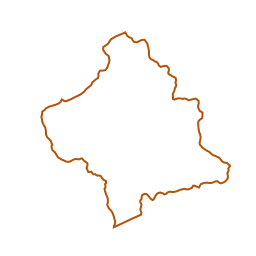 Ramla, HaMerkaz, Israel, rotated 156°
{"feature_id": "584046B58948260517771", "entity_name": "Ramla", "entity_type": "district", "adm_level": 2, "iso_a3": "ISR", "parent_name": "Israel", "parent_adm1": "HaMerkaz", "projection": "albers", "projection_center": [34.923, 31.918], "detail": "fine", "context": "isolated", "style": "outline", "palette": "amber", "viewbox_px": 256, "rotation_deg": 156, "n_neighbors": 0, "source": "geoboundaries", "source_scale": "gbopen_adm2", "svg_char_len": 3247}
<svg xmlns="http://www.w3.org/2000/svg" viewBox="0 0 256 256"><g transform="rotate(156 128 128)"><path d="M176.8,181.0L177.0,180.8L179.1,179.2L181.5,178.6L185.0,178.7L187.7,179.1L191.4,179.6L195.2,179.3L196.5,178.4L199.6,177.9L200.7,176.0L201.5,174.7L202.6,173.5L203.0,171.3L203.8,168.4L203.8,165.3L203.4,162.0L204.2,158.5L205.5,155.5L205.6,154.4L205.5,152.2L204.7,150.4L203.8,147.8L204.1,143.3L205.0,143.0L205.8,141.0L205.9,138.2L204.8,135.9L204.5,134.4L204.2,132.4L203.9,129.5L202.4,127.6L201.5,126.2L201.0,125.7L199.6,124.2L198.2,122.5L197.0,121.8L196.0,121.2L193.7,121.0L191.0,121.3L188.8,121.1L187.4,120.5L186.2,119.6L185.4,119.2L184.2,119.2L183.3,119.2L182.3,118.9L181.8,117.0L181.4,115.7L180.6,114.5L179.7,112.8L179.6,111.4L180.7,109.8L181.4,109.0L182.2,108.3L182.1,107.0L182.2,104.0L180.9,103.2L179.2,102.9L178.8,101.0L178.4,99.8L176.7,99.0L176.3,98.2L175.3,96.9L173.8,96.5L172.3,94.9L172.2,92.7L171.7,91.7L171.5,90.6L170.2,89.1L169.7,88.5L170.5,86.5L171.8,86.1L172.1,84.4L172.9,82.7L174.2,82.0L174.7,79.6L175.0,75.9L175.1,72.1L175.7,70.3L176.9,67.9L178.0,66.7L178.3,65.9L178.2,62.7L177.0,59.1L176.7,57.0L176.8,53.8L177.3,51.1L177.7,47.9L179.0,45.7L179.8,44.9L180.9,43.8L181.3,43.1L174.6,43.2L161.4,43.5L154.7,43.5L151.4,43.5L150.1,45.4L150.1,47.2L149.6,49.1L148.3,50.5L146.9,52.4L147.0,55.1L146.2,56.8L144.6,57.5L143.4,59.6L142.3,60.9L139.8,61.2L137.9,60.1L136.8,57.2L136.2,54.4L134.8,52.1L133.5,52.4L131.0,54.4L130.2,55.0L127.9,56.2L126.7,56.3L124.7,55.9L122.8,54.2L121.9,52.6L120.1,52.4L117.3,53.1L115.3,52.7L114.1,51.8L112.5,51.0L109.5,50.4L106.4,50.3L104.1,50.1L101.2,49.5L100.4,48.8L98.5,47.5L94.1,47.3L92.0,48.8L90.6,48.2L88.4,45.8L87.4,44.8L87.0,45.1L84.3,47.1L80.9,46.9L78.0,45.9L75.6,44.4L73.3,43.7L70.4,43.7L68.0,43.1L67.3,41.6L65.8,39.7L62.6,39.4L60.2,39.9L57.9,41.0L56.6,42.6L55.9,45.1L55.3,46.7L53.4,48.1L52.8,50.2L50.5,51.6L50.1,52.3L50.9,53.5L51.6,55.6L54.6,57.7L55.7,59.4L56.3,62.1L57.0,64.1L58.4,65.6L60.0,67.4L61.4,68.6L62.3,70.4L63.6,73.4L65.3,75.3L66.2,76.8L68.0,79.6L69.1,83.7L68.5,85.6L67.1,87.3L65.4,90.1L64.7,92.9L64.6,95.7L63.7,99.0L62.8,101.5L62.0,103.9L60.7,105.6L58.8,106.4L56.2,106.8L54.9,109.2L53.7,111.7L54.3,113.0L55.3,113.8L55.6,115.9L55.6,118.2L54.6,120.3L53.3,121.8L52.5,124.0L53.5,126.2L54.5,127.5L58.9,128.3L61.4,128.7L62.5,130.3L64.5,132.1L66.2,132.3L68.6,134.0L70.5,134.8L74.0,135.1L75.1,136.2L74.2,138.1L74.2,138.6L73.2,140.9L70.6,143.0L69.2,145.0L67.3,146.5L66.5,147.5L66.2,150.3L65.0,151.5L64.1,153.7L64.8,155.6L66.6,157.1L67.2,158.5L68.5,160.0L69.0,161.8L67.4,163.7L66.5,166.1L67.5,169.1L70.3,170.1L73.3,170.5L74.3,172.5L74.4,174.8L75.0,176.8L76.2,177.7L77.6,180.1L79.2,181.7L79.7,183.9L79.0,186.4L78.5,187.6L77.6,189.6L76.7,193.6L76.0,197.5L77.0,201.9L79.8,202.9L82.5,202.8L84.9,202.7L87.3,203.9L88.1,206.4L88.1,208.4L90.0,210.6L91.2,212.5L91.6,216.4L102.1,216.6L107.3,216.0L109.7,214.6L112.0,213.1L114.7,212.5L117.7,212.0L118.9,209.4L118.3,205.3L117.4,203.5L116.4,201.4L117.5,197.1L119.2,194.9L121.6,192.5L122.8,191.3L125.1,190.1L127.7,190.7L130.4,191.8L133.3,189.4L133.7,187.6L135.1,185.9L138.1,185.4L142.1,184.1L144.2,182.1L146.7,181.5L150.4,180.5L153.5,178.9L158.5,177.9L163.3,177.8L169.4,177.5L173.0,177.7L175.2,178.4L176.8,181.0Z" fill="none" stroke="#b45309" stroke-width="2"/></g></svg>